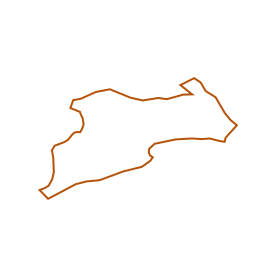 the Municipality of Kobarid, rotated 161°
{"feature_id": "SVN-1029", "entity_name": "Kobarid", "entity_type": "Municipality", "adm_level": 1, "iso_a3": "SVN", "parent_name": "Slovenia", "parent_adm1": "", "projection": "natural_earth1", "projection_center": [13.548, 46.244], "detail": "fine", "context": "isolated", "style": "outline", "palette": "amber", "viewbox_px": 256, "rotation_deg": 161, "n_neighbors": 0, "source": "natural_earth", "source_scale": "10m", "svg_char_len": 834}
<svg xmlns="http://www.w3.org/2000/svg" viewBox="0 0 256 256"><g transform="rotate(161 128 128)"><path d="M49.2,153.6L44.5,147.4L42.5,137.6L35.2,128.6L31.6,110.7L28.5,102.2L24.2,95.1L38.8,87.1L41.2,83.5L45.8,86.0L54.2,91.5L61.9,93.5L71.0,97.3L86.7,101.7L108.0,104.4L114.8,101.4L116.4,98.0L116.0,94.7L114.1,92.2L117.6,89.7L127.5,86.8L146.7,88.5L171.9,87.9L184.2,90.9L195.4,91.9L226.6,87.1L231.8,98.1L226.2,98.3L221.8,99.3L216.3,104.3L212.5,110.4L208.6,123.4L207.1,131.8L203.1,135.1L193.1,135.4L188.7,136.3L182.4,140.2L179.9,141.1L177.6,140.8L174.6,139.6L171.8,142.0L168.8,145.8L167.7,151.9L168.2,156.2L168.2,158.9L176.0,165.6L170.8,172.1L170.7,172.2L163.2,171.0L146.7,172.5L132.5,170.5L115.7,155.8L105.2,149.3L89.6,146.5L81.8,142.6L65.0,141.6L56.4,138.9L64.5,151.5L49.2,153.6Z" fill="none" stroke="#b45309" stroke-width="2"/></g></svg>